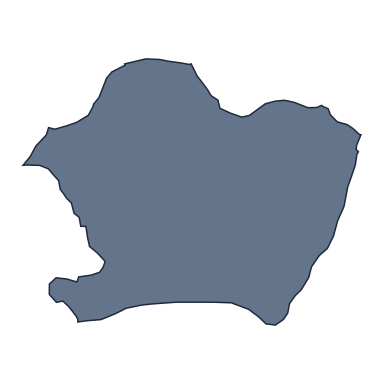 Troulloi, Larnaca, Cyprus (Robinson projection)
{"feature_id": "46923920B28470702945457", "entity_name": "Troulloi", "entity_type": "district", "adm_level": 2, "iso_a3": "CYP", "parent_name": "Cyprus", "parent_adm1": "Larnaca", "projection": "robinson", "projection_center": [33.619, 35.026], "detail": "fine", "context": "isolated", "style": "filled", "palette": "slate", "viewbox_px": 384, "rotation_deg": 0, "n_neighbors": 0, "source": "geoboundaries", "source_scale": "gbopen_adm2", "svg_char_len": 1533}
<svg xmlns="http://www.w3.org/2000/svg" viewBox="0 0 384 384"><path d="M77.8,322.0L86.4,320.8L101.0,319.6L110.2,315.8L115.2,313.8L126.1,308.3L140.9,305.2L151.4,304.0L176.2,302.2L192.9,302.2L213.1,302.2L231.3,302.8L248.4,309.2L258.6,316.8L266.0,323.9L274.3,324.9L275.3,325.1L283.3,319.6L287.7,313.2L289.5,303.7L295.1,295.8L301.3,289.7L308.7,277.5L311.5,266.8L319.3,255.5L327.3,248.5L333.5,236.0L335.6,228.3L337.5,221.1L344.0,206.4L347.8,186.6L351.0,177.8L355.3,165.0L356.9,154.4L358.4,151.8L356.1,149.4L356.7,145.0L360.7,135.4L361.0,134.8L360.5,134.7L359.7,134.7L352.8,128.4L346.9,124.5L337.2,121.8L330.5,115.0L328.1,108.7L322.3,106.2L321.6,105.4L316.8,107.5L307.9,107.7L294.4,102.4L284.6,100.3L275.5,101.1L265.3,103.8L258.0,109.1L249.3,115.5L241.6,117.1L230.1,113.0L220.0,108.3L217.9,100.1L211.1,95.7L207.5,89.6L202.2,82.5L197.0,75.8L193.6,68.8L191.1,63.8L189.7,64.5L180.0,62.8L169.5,61.4L159.7,59.5L145.8,58.9L135.3,61.4L124.7,63.9L125.1,65.2L111.9,71.9L106.6,78.1L99.0,97.5L93.6,104.1L92.9,106.9L88.3,115.3L76.6,122.4L66.8,125.8L54.8,129.2L48.6,127.6L46.3,135.0L36.0,145.9L30.2,156.6L23.0,165.3L26.8,165.0L39.6,165.4L48.3,168.8L53.6,175.1L58.6,180.6L60.3,189.5L62.9,192.8L66.7,198.4L71.4,203.0L74.1,213.4L79.1,217.2L80.8,226.3L85.9,226.4L87.6,237.7L89.5,246.4L97.7,253.3L105.2,261.5L103.1,267.2L99.7,272.2L91.3,275.1L78.7,276.9L76.9,282.0L66.8,279.0L56.1,277.8L49.4,284.0L49.3,294.4L56.4,302.3L62.9,301.1L68.7,306.6L73.4,312.5L76.3,316.4L77.9,319.4L77.8,320.9L77.8,322.0Z" fill="#64748b" stroke="#1e293b" stroke-width="1.5"/></svg>